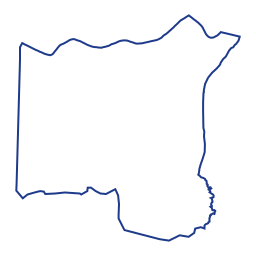 the district of Fond D'Or, Dennery, Saint Lucia
{"feature_id": "8701671B83706236309505", "entity_name": "Fond D'Or", "entity_type": "district", "adm_level": 2, "iso_a3": "LCA", "parent_name": "Saint Lucia", "parent_adm1": "Dennery", "projection": "mercator", "projection_center": [-60.893, 13.924], "detail": "fine", "context": "isolated", "style": "outline", "palette": "blue", "viewbox_px": 256, "rotation_deg": 0, "n_neighbors": 0, "source": "geoboundaries", "source_scale": "gbopen_adm2", "svg_char_len": 3620}
<svg xmlns="http://www.w3.org/2000/svg" viewBox="0 0 256 256"><path d="M20.0,47.2L20.0,59.7L16.6,183.4L16.3,190.6L22.8,198.3L27.5,194.5L34.5,192.5L40.1,191.1L43.8,191.6L45.3,194.0L55.1,193.5L64.9,192.5L79.8,193.5L81.2,194.5L87.3,191.1L87.7,187.7L91.0,187.7L95.7,191.1L100.4,193.5L106.0,194.0L115.3,189.2L118.1,195.4L119.0,204.1L118.6,214.7L118.6,218.5L124.2,229.6L124.6,230.1L159.7,239.2L169.0,240.6L179.7,235.3L188.6,236.8L194.2,232.9L195.2,228.6L200.8,227.2L204.5,228.5L204.5,228.2L204.5,226.6L204.5,225.5L205.6,224.3L206.5,223.9L207.5,223.6L208.1,223.2L208.3,222.4L208.7,222.1L209.4,221.8L209.6,221.3L209.3,220.1L209.6,219.1L209.4,218.2L209.8,217.2L210.1,216.7L210.0,216.3L210.0,215.5L210.9,215.2L211.1,214.4L211.6,214.3L212.6,213.6L213.5,213.6L214.4,214.0L214.6,213.7L214.4,212.5L215.1,211.6L215.3,211.0L214.4,210.1L213.7,210.1L213.1,210.3L212.4,210.1L212.2,209.5L211.9,208.0L211.6,207.4L211.1,207.3L210.5,206.8L211.2,206.5L211.8,206.3L211.8,205.6L211.2,205.1L211.2,203.7L211.8,202.4L212.4,202.2L212.5,201.3L211.7,198.5L210.9,198.0L211.6,197.7L213.0,197.5L213.6,197.0L213.6,195.5L213.1,194.6L212.0,193.9L210.6,193.0L209.6,192.2L210.3,191.6L210.0,190.8L209.3,189.9L208.5,189.5L208.6,188.9L209.2,188.5L209.7,189.1L209.9,188.9L210.7,188.9L211.2,188.5L210.7,188.0L210.6,187.4L210.0,187.2L209.7,187.4L209.4,188.2L208.0,187.0L207.3,185.9L207.8,185.0L207.4,184.3L206.7,183.9L206.7,182.2L206.5,181.3L206.4,181.0L206.4,180.7L205.4,180.1L205.1,179.0L203.5,178.0L201.1,177.3L199.8,175.9L198.3,174.7L198.8,173.3L199.2,171.0L199.4,168.9L200.5,164.9L202.8,158.3L204.7,152.1L204.9,144.0L204.3,138.8L204.0,136.6L204.3,131.7L203.4,127.9L203.1,110.7L203.1,102.4L203.5,92.9L204.0,92.0L203.7,91.1L205.1,83.9L208.1,77.7L212.1,72.7L216.7,68.5L219.9,64.9L220.8,62.5L223.2,59.0L225.8,56.6L229.2,50.4L231.3,48.0L233.2,47.3L234.8,44.9L236.1,44.0L238.5,40.7L239.4,37.8L239.5,37.3L239.7,36.6L220.8,32.1L220.4,32.5L219.8,33.2L219.1,33.8L217.9,35.0L217.4,35.4L216.8,35.8L216.4,35.9L215.9,36.2L215.0,36.7L214.4,37.0L213.3,37.5L212.4,37.7L211.4,37.7L210.2,37.6L208.7,36.9L208.2,36.5L207.2,35.6L206.3,34.5L205.6,33.4L205.3,32.8L204.7,31.6L204.0,30.2L203.6,29.5L202.7,27.6L202.0,26.6L201.2,25.6L200.3,24.7L199.3,23.8L198.4,22.8L197.5,22.2L196.1,21.0L194.5,19.8L193.5,19.1L191.8,17.7L188.8,15.4L185.9,17.2L184.3,18.3L182.7,19.2L180.4,20.6L179.3,21.7L176.7,24.3L174.9,25.9L173.7,27.2L172.3,28.5L170.5,30.1L168.6,31.8L167.9,32.5L165.9,34.1L164.0,35.2L163.0,36.1L162.3,36.9L161.3,37.8L159.6,38.7L158.3,39.4L157.3,39.8L156.0,40.2L155.0,40.4L153.1,40.8L151.1,41.2L149.5,41.6L147.9,42.0L145.5,42.5L143.4,43.0L142.1,43.3L140.4,43.4L137.8,43.6L136.7,43.6L136.2,43.6L135.0,43.2L133.9,42.8L133.0,42.5L131.7,42.1L130.0,41.6L128.8,41.1L127.3,40.6L126.6,40.5L124.9,40.4L123.8,40.4L123.2,40.4L122.1,40.6L120.8,40.8L119.4,41.2L118.1,41.7L117.3,42.1L115.7,42.9L114.0,43.5L112.7,43.9L111.5,44.2L110.4,44.9L109.0,45.7L107.5,46.1L106.4,46.5L104.6,46.9L103.1,47.2L101.3,47.8L100.5,47.6L98.7,47.6L97.7,47.4L96.6,47.2L94.7,47.1L92.6,46.7L91.1,46.3L90.0,45.8L88.2,45.2L86.5,44.4L84.6,43.4L83.4,42.8L82.0,42.1L80.5,41.3L79.0,40.8L78.0,40.5L76.6,40.1L74.8,39.3L73.6,39.1L72.7,39.2L71.7,39.4L70.0,39.9L69.1,40.4L67.7,41.3L65.6,42.5L63.4,43.7L61.6,44.4L60.6,44.8L59.4,45.8L58.6,46.8L57.7,47.8L56.8,49.0L55.5,50.6L54.5,51.8L53.2,53.5L52.6,54.2L51.5,54.7L50.6,55.1L49.7,55.1L48.1,54.8L45.9,54.2L44.4,53.7L43.3,53.2L42.1,52.6L40.9,52.1L39.5,51.6L38.2,50.9L36.9,50.3L36.2,50.1L35.0,49.5L33.9,49.0L32.8,48.4L31.8,47.9L31.0,47.5L29.7,46.8L28.4,46.2L26.9,45.4L25.3,44.7L24.2,44.2L23.1,43.5L22.2,43.1L21.9,43.7L20.2,46.9L20.0,47.2Z" fill="none" stroke="#1e3a8a" stroke-width="2"/></svg>